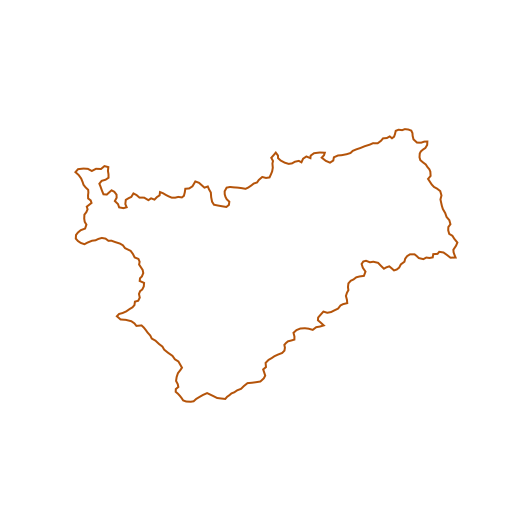 the district of Divinópolis, Minas Gerais, Brazil, rotated 283°
{"feature_id": "56859067B25101744312277", "entity_name": "Divinópolis", "entity_type": "district", "adm_level": 2, "iso_a3": "BRA", "parent_name": "Brazil", "parent_adm1": "Minas Gerais", "projection": "natural_earth1", "projection_center": [-44.923, -20.113], "detail": "fine", "context": "isolated", "style": "outline", "palette": "amber", "viewbox_px": 512, "rotation_deg": 283, "n_neighbors": 0, "source": "geoboundaries", "source_scale": "gbopen_adm2", "svg_char_len": 4888}
<svg xmlns="http://www.w3.org/2000/svg" viewBox="0 0 512 512"><g transform="rotate(283 256 256)"><path d="M320.9,233.0L319.1,230.7L318.9,226.7L318.5,222.7L317.9,219.1L317.4,215.1L316.0,212.0L312.0,210.9L309.2,211.6L306.8,212.9L304.7,214.7L302.9,217.8L299.7,218.1L297.1,216.1L296.8,211.4L296.6,207.3L296.5,203.5L299.0,201.0L303.2,199.1L307.7,197.7L310.4,195.2L312.9,193.4L311.0,190.4L312.8,187.1L314.5,184.0L315.0,180.1L312.4,179.3L309.6,178.4L306.8,175.7L305.6,172.0L301.9,172.3L298.4,172.2L296.4,170.6L296.1,167.0L294.6,164.0L293.9,160.7L294.5,157.3L295.2,154.5L296.2,151.4L296.7,148.1L293.4,148.4L291.1,146.2L288.1,144.4L288.6,140.8L286.2,138.6L287.7,133.9L286.7,129.3L288.5,125.9L289.4,122.5L285.5,121.2L283.8,119.0L281.4,116.5L277.2,117.0L274.4,119.0L272.8,116.1L272.6,111.7L275.5,109.9L277.8,106.1L281.4,107.1L284.4,106.3L286.7,103.5L287.5,100.5L284.9,98.6L282.3,96.8L281.8,93.5L285.2,91.1L288.8,88.8L291.2,87.1L294.5,88.7L296.5,92.3L299.1,94.7L302.4,93.9L305.6,92.6L309.4,92.1L309.5,88.1L305.9,85.4L305.0,80.5L301.9,76.9L303.1,72.6L302.4,68.3L300.6,63.1L297.1,61.2L295.0,65.0L292.2,68.2L288.8,70.6L286.6,71.9L284.6,74.4L282.7,77.6L280.1,78.4L277.3,78.7L274.3,79.5L273.0,82.4L270.7,83.8L268.2,81.8L266.0,80.0L263.6,81.4L260.5,80.8L257.7,79.5L253.8,80.2L250.8,81.4L248.4,83.7L244.3,83.3L241.7,79.4L238.8,77.2L236.0,75.9L232.4,76.5L230.5,79.2L229.3,82.4L228.9,86.2L231.1,88.7L234.0,92.8L235.2,96.1L237.2,98.6L238.9,101.7L239.1,105.5L237.6,108.8L238.4,111.6L237.9,115.7L237.5,120.6L236.5,123.9L234.2,126.6L232.8,132.7L230.3,135.6L227.3,138.1L226.7,142.1L224.2,143.9L221.4,144.0L219.3,146.2L216.9,148.7L214.0,150.0L210.4,149.4L208.2,148.0L205.5,148.3L204.6,153.0L201.1,153.5L197.8,152.7L195.7,151.0L192.7,150.5L189.3,152.1L185.9,151.3L184.3,148.3L180.8,148.6L178.2,147.2L175.9,144.8L172.8,142.0L170.4,138.8L168.7,135.6L166.0,134.0L163.7,138.3L164.5,143.5L164.4,149.2L163.0,152.7L161.0,155.2L162.6,160.1L161.1,162.7L159.2,165.1L157.0,167.6L154.7,170.9L152.1,173.0L150.9,177.1L148.4,181.4L146.7,185.2L144.1,187.6L142.0,191.9L139.9,197.1L137.1,200.2L135.8,204.1L133.0,206.7L130.5,209.0L127.7,207.9L124.3,206.3L120.3,205.9L116.3,206.2L113.5,208.6L110.9,209.8L108.3,207.8L105.6,208.3L104.2,211.0L102.6,213.3L100.9,215.4L98.9,217.5L98.5,220.7L99.3,225.2L100.4,227.9L103.3,229.9L106.2,232.9L108.7,235.6L111.4,239.2L110.8,242.0L109.9,246.0L108.9,250.0L109.3,253.9L109.8,258.2L112.3,259.5L114.4,261.4L116.6,263.0L118.3,265.5L120.9,267.9L123.2,271.3L126.5,273.4L130.2,276.3L131.6,280.6L133.0,284.3L134.7,288.5L138.5,291.1L141.5,291.9L144.0,290.4L147.1,288.5L150.0,290.7L154.0,289.4L157.6,291.6L160.1,294.3L162.5,296.5L164.9,299.6L167.4,303.3L170.2,305.0L173.2,304.8L175.8,303.6L178.0,304.8L180.1,306.4L181.5,309.2L183.2,312.2L186.1,311.6L189.6,309.8L192.9,312.1L195.3,315.5L196.6,319.8L197.0,323.5L196.8,327.9L200.2,330.7L201.6,334.1L203.6,337.6L205.6,334.1L207.3,330.8L210.0,330.4L212.3,331.6L214.5,332.8L217.0,334.2L216.7,338.2L218.3,341.8L220.4,344.3L223.2,347.8L226.9,349.5L228.7,351.7L230.6,355.5L233.7,354.5L237.3,352.6L240.7,352.9L243.5,353.7L246.4,352.6L250.1,352.2L253.2,353.9L255.1,356.3L257.8,358.5L259.4,361.6L260.9,365.6L265.4,366.2L268.6,362.7L272.0,360.7L274.8,361.8L276.1,364.3L275.5,368.4L276.8,371.6L276.8,376.5L274.5,380.0L272.4,383.5L274.3,385.6L275.9,388.2L274.6,390.8L273.0,393.7L274.5,396.2L276.9,398.1L280.4,399.0L283.8,401.9L287.0,402.0L289.9,403.3L292.3,405.7L293.3,410.1L292.1,412.6L290.6,415.1L290.6,419.8L292.8,422.3L293.1,425.5L294.4,428.5L297.7,428.3L298.9,432.4L301.3,433.6L301.6,437.9L299.9,442.0L298.1,445.8L299.4,450.8L301.8,449.1L304.0,447.7L306.5,446.9L311.0,448.6L314.4,449.2L317.4,445.3L319.9,442.8L321.0,439.3L324.3,437.5L327.5,436.9L330.7,438.3L334.4,436.3L336.9,432.9L340.4,430.7L343.8,427.5L346.7,425.8L349.0,424.7L352.6,423.0L356.7,423.1L360.7,420.9L362.4,417.2L363.3,413.9L365.2,411.1L367.7,408.5L369.8,406.3L373.3,408.1L377.4,406.9L379.5,405.4L381.2,403.1L383.4,400.8L384.8,397.6L386.4,394.5L389.0,393.1L392.7,392.5L395.0,393.1L397.3,394.8L399.3,396.7L402.7,397.8L406.1,397.2L405.3,394.2L403.6,391.5L402.7,387.4L405.1,383.2L408.3,381.6L410.9,380.8L413.1,379.1L413.5,375.9L413.1,372.5L411.5,370.1L411.1,366.5L409.4,364.0L406.2,364.0L403.3,363.7L401.3,362.0L402.6,359.4L400.4,357.0L399.2,353.3L396.4,351.9L393.2,349.2L392.2,344.6L390.1,341.8L387.4,337.2L384.7,333.4L382.5,329.8L380.2,326.6L377.6,324.9L375.6,321.5L373.5,316.8L372.4,313.3L369.7,309.7L366.4,309.8L363.6,307.1L364.4,302.6L366.6,297.9L369.5,299.6L372.1,299.8L371.2,294.9L369.2,289.4L366.1,286.7L363.6,287.0L364.3,282.7L361.4,280.0L357.5,279.2L358.3,276.3L356.6,272.7L354.3,270.2L353.1,267.1L353.4,263.0L354.6,258.5L356.3,255.5L358.8,254.8L361.2,252.0L359.0,250.9L355.1,248.8L352.4,251.2L349.8,251.2L345.8,252.5L342.1,252.7L339.0,252.2L335.6,251.5L334.3,248.2L334.4,244.3L330.7,241.6L327.9,240.5L326.1,237.5L323.7,235.6L320.9,233.0Z" fill="none" stroke="#b45309" stroke-width="2"/></g></svg>